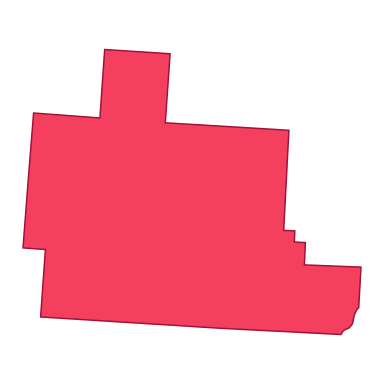 the district of Athens, Ohio, United States of America
{"feature_id": "52423323B42850579427463", "entity_name": "Athens", "entity_type": "district", "adm_level": 2, "iso_a3": "USA", "parent_name": "United States of America", "parent_adm1": "Ohio", "projection": "mercator", "projection_center": [-81.929, 39.369], "detail": "fine", "context": "isolated", "style": "filled", "palette": "rose", "viewbox_px": 384, "rotation_deg": 0, "n_neighbors": 0, "source": "geoboundaries", "source_scale": "gbopen_adm2", "svg_char_len": 471}
<svg xmlns="http://www.w3.org/2000/svg" viewBox="0 0 384 384"><path d="M28.2,180.3L23.0,247.9L45.4,249.5L40.6,317.0L220.9,328.3L341.0,334.5L341.1,334.2L342.8,331.4L344.5,330.0L349.4,327.7L352.0,324.5L352.8,322.6L354.2,315.4L356.2,310.8L357.9,308.4L358.7,307.8L361.0,267.1L304.4,264.9L305.4,242.6L294.4,242.0L294.8,230.8L283.7,230.4L288.9,130.3L165.3,122.8L170.1,53.8L104.7,49.5L99.9,118.0L33.6,113.0L28.2,180.3Z" fill="#f43f5e" stroke="#9f1239" stroke-width="1.5"/></svg>